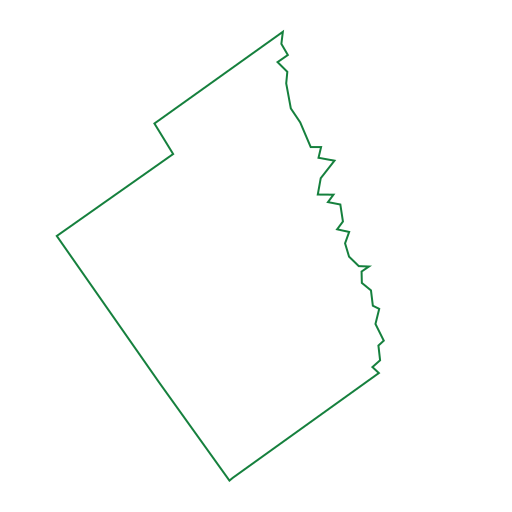 Calhoun, Florida, United States of America (Natural Earth projection), rotated 324°
{"feature_id": "52423323B11217217149990", "entity_name": "Calhoun", "entity_type": "district", "adm_level": 2, "iso_a3": "USA", "parent_name": "United States of America", "parent_adm1": "Florida", "projection": "natural_earth1", "projection_center": [-85.065, 30.404], "detail": "fine", "context": "isolated", "style": "outline", "palette": "green", "viewbox_px": 512, "rotation_deg": 324, "n_neighbors": 0, "source": "geoboundaries", "source_scale": "gbopen_adm2", "svg_char_len": 666}
<svg xmlns="http://www.w3.org/2000/svg" viewBox="0 0 512 512"><g transform="rotate(324 256 256)"><path d="M409.5,90.4L251.7,89.1L248.9,124.8L106.6,122.7L103.3,301.3L102.5,422.1L106.9,421.8L286.6,422.9L284.9,414.3L295.1,413.3L302.4,400.4L309.6,399.6L312.7,381.2L324.6,371.2L321.3,364.9L328.8,351.4L325.8,340.0L332.3,330.6L341.2,330.9L333.2,324.6L330.9,311.2L335.5,298.1L345.5,291.3L337.3,282.1L346.6,279.2L354.5,263.9L345.9,254.7L354.7,251.9L342.1,242.6L354.1,231.1L375.5,225.0L364.3,213.3L372.7,206.1L364.3,200.0L370.3,173.9L370.9,157.1L381.9,134.1L389.6,125.4L387.4,111.8L399.9,112.1L401.2,99.3L409.5,90.4Z" fill="none" stroke="#15803d" stroke-width="2"/></g></svg>